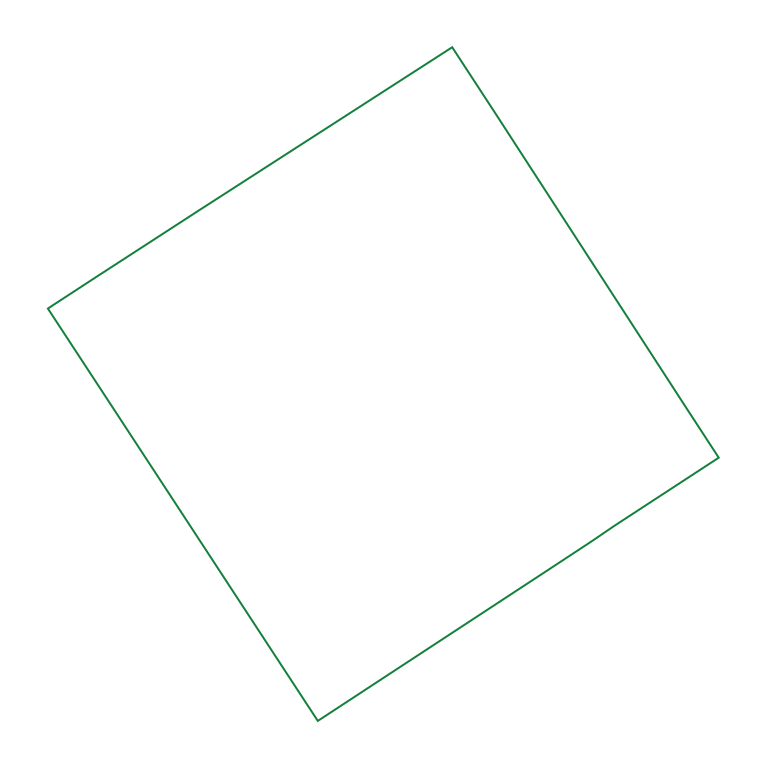 Leake, Mississippi, United States of America (Mercator projection), rotated 147°
{"feature_id": "52423323B43754399816629", "entity_name": "Leake", "entity_type": "district", "adm_level": 2, "iso_a3": "USA", "parent_name": "United States of America", "parent_adm1": "Mississippi", "projection": "mercator", "projection_center": [-89.51, 32.754], "detail": "fine", "context": "isolated", "style": "outline", "palette": "green", "viewbox_px": 768, "rotation_deg": 147, "n_neighbors": 0, "source": "geoboundaries", "source_scale": "gbopen_adm2", "svg_char_len": 334}
<svg xmlns="http://www.w3.org/2000/svg" viewBox="0 0 768 768"><g transform="rotate(147 384 384)"><path d="M624.8,630.3L624.4,529.6L623.0,137.5L342.4,138.7L294.3,139.0L268.5,139.6L143.4,139.9L143.5,202.2L143.2,550.3L143.4,629.3L444.5,630.4L565.5,630.5L619.0,630.4L624.8,630.3Z" fill="none" stroke="#15803d" stroke-width="2"/></g></svg>